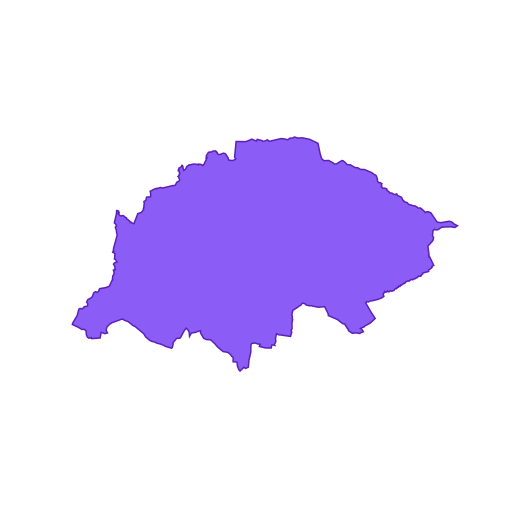 Mioarele, Arges, Romania (orthographic projection), rotated 335°
{"feature_id": "2599482B82004798024884", "entity_name": "Mioarele", "entity_type": "district", "adm_level": 2, "iso_a3": "ROU", "parent_name": "Romania", "parent_adm1": "Arges", "projection": "orthographic", "projection_center": [25.1, 45.232], "detail": "fine", "context": "isolated", "style": "filled", "palette": "violet", "viewbox_px": 512, "rotation_deg": 335, "n_neighbors": 0, "source": "geoboundaries", "source_scale": "gbopen_adm2", "svg_char_len": 6125}
<svg xmlns="http://www.w3.org/2000/svg" viewBox="0 0 512 512"><g transform="rotate(335 256 256)"><path d="M354.8,346.7L354.9,346.3L355.1,344.2L356.3,343.7L357.5,342.5L358.0,343.4L358.5,343.8L360.6,343.3L360.6,344.3L361.6,344.7L363.3,344.4L364.2,345.3L366.4,345.5L368.6,344.4L369.6,345.0L370.1,344.8L370.7,344.1L371.7,344.6L372.0,344.5L372.3,343.7L372.7,343.6L373.7,344.4L374.9,343.5L375.1,343.9L377.4,343.5L378.2,343.1L379.0,343.7L381.4,342.7L383.5,342.8L384.1,343.5L385.6,343.1L386.3,342.7L388.0,343.8L388.2,343.5L388.6,343.4L390.5,343.9L391.2,343.6L393.4,343.8L394.0,343.1L394.9,343.0L396.7,344.0L398.2,343.0L399.5,342.8L400.1,341.9L405.9,343.0L406.5,341.7L410.6,340.9L411.1,339.7L413.1,339.7L413.1,335.5L413.0,330.2L412.3,330.0L412.7,329.1L412.7,328.4L413.3,328.2L415.9,319.7L422.8,316.8L424.7,314.4L424.5,312.3L427.1,307.8L429.0,307.3L430.4,308.6L432.3,309.1L436.5,308.3L444.8,311.8L448.3,314.2L451.4,313.7L449.0,310.6L447.9,308.1L445.9,306.2L437.6,303.9L434.5,301.9L432.7,290.7L430.7,288.6L429.0,288.0L428.0,288.3L426.1,283.4L425.2,281.9L423.2,281.1L422.6,279.7L421.4,277.9L420.4,277.4L416.1,273.6L415.5,271.4L413.8,270.0L412.7,267.1L412.7,264.3L409.8,260.9L409.8,259.3L409.3,259.0L408.1,259.2L406.9,258.2L405.7,256.3L404.0,255.6L403.6,253.9L402.5,252.0L402.9,250.8L402.3,249.7L401.2,248.8L400.0,248.6L398.8,246.4L399.7,245.4L399.9,244.3L400.7,243.7L399.6,242.0L398.1,241.2L397.8,239.1L398.5,237.7L398.9,234.7L398.6,233.2L397.5,232.1L396.4,229.7L390.9,223.5L387.1,221.5L385.6,219.1L383.1,217.7L380.2,213.4L377.2,211.7L376.3,208.7L375.1,206.4L374.2,205.8L367.6,206.5L366.0,205.8L365.2,204.2L362.2,200.1L358.2,198.5L357.5,197.7L357.2,196.7L356.6,195.9L357.4,190.2L359.8,180.1L354.0,173.0L348.3,168.7L343.8,166.8L341.5,164.7L340.6,164.4L339.1,164.6L336.5,163.5L334.8,163.9L333.6,163.9L331.8,162.3L328.5,160.2L316.5,157.7L315.4,155.5L312.8,155.6L311.3,155.2L310.9,155.0L310.2,153.9L306.4,150.8L305.1,152.0L303.7,150.8L301.6,148.3L296.6,148.2L294.8,147.9L286.4,143.8L278.4,157.3L278.7,159.4L276.3,159.8L275.0,159.5L271.9,157.7L272.2,155.4L271.7,151.6L271.3,150.1L269.8,149.0L266.0,148.8L264.5,147.7L264.5,145.6L264.1,145.5L264.3,145.0L263.8,143.6L262.5,143.2L262.0,142.9L261.1,142.7L260.0,143.0L259.2,142.6L258.6,142.7L257.9,142.2L256.7,141.9L254.9,143.2L253.6,143.8L252.2,146.2L253.1,146.3L247.7,150.8L246.0,151.6L245.3,150.2L244.5,149.5L242.5,148.3L242.3,148.3L242.2,148.9L240.1,147.2L238.1,146.2L234.9,145.6L233.9,145.1L231.0,145.7L228.9,147.4L226.8,148.0L226.8,146.9L227.0,145.6L227.5,144.2L227.6,143.3L227.4,142.7L227.0,142.5L226.3,143.3L225.5,143.7L223.3,143.8L223.0,144.1L222.7,145.1L222.0,145.1L221.5,145.9L222.3,146.9L221.6,148.6L221.8,149.1L220.4,150.1L220.4,150.6L219.4,150.9L218.9,150.9L219.1,151.6L219.1,154.3L218.5,155.3L218.2,155.5L215.4,155.7L212.7,157.7L211.8,157.6L210.4,157.0L200.0,154.9L198.5,153.6L195.7,153.1L195.1,153.3L194.5,153.2L194.6,152.8L194.4,152.6L191.6,152.4L187.4,152.6L186.9,154.9L185.6,157.7L183.8,157.4L183.4,156.9L182.1,156.5L181.4,156.6L180.7,157.9L179.7,158.9L179.0,159.1L177.6,159.2L177.1,160.0L177.0,161.3L176.0,162.4L174.9,164.6L174.0,165.3L173.6,166.2L173.7,166.6L170.2,168.1L166.8,167.6L159.1,175.1L157.7,173.8L157.3,172.7L156.2,172.5L156.4,171.6L156.2,170.7L155.8,170.3L155.2,168.6L154.6,168.1L154.5,167.1L154.7,166.7L154.0,165.9L153.0,163.6L151.7,162.7L150.5,162.7L149.8,161.9L149.1,160.0L149.0,159.1L149.1,158.9L150.1,159.3L150.3,159.2L150.2,158.2L150.4,157.4L150.5,157.3L149.9,156.5L148.9,155.9L147.3,158.8L141.6,166.1L142.3,167.9L142.5,169.3L142.4,169.6L140.8,170.5L140.5,171.1L140.4,173.5L139.3,176.5L139.2,178.2L130.1,188.9L129.1,190.6L129.1,191.1L128.9,190.9L127.7,192.1L128.0,192.3L129.1,194.2L128.6,195.3L127.9,196.2L127.6,197.1L126.4,198.9L127.2,199.6L127.4,202.7L125.0,202.4L123.4,203.1L123.6,206.4L122.7,207.8L122.8,208.9L120.8,208.5L120.3,211.4L118.6,213.2L118.0,213.3L116.1,216.2L116.2,217.0L115.6,217.0L110.3,221.4L106.3,221.1L100.6,219.5L100.1,219.7L98.5,221.5L97.7,221.7L96.4,221.8L95.8,220.8L95.3,220.5L93.9,220.6L93.1,221.0L90.3,223.8L88.4,224.3L85.3,224.4L83.5,225.7L83.0,226.2L83.2,227.1L83.3,228.2L82.3,230.0L81.5,230.1L79.5,229.4L78.8,229.4L76.6,230.4L76.0,230.4L74.4,229.2L73.4,229.2L72.3,230.1L68.8,234.4L61.7,239.2L60.6,240.5L64.6,245.2L67.2,249.0L69.3,249.8L70.3,251.9L69.2,255.0L68.9,256.6L69.0,258.5L69.9,259.9L72.2,260.3L71.9,260.9L72.2,261.5L80.1,264.4L83.4,259.8L86.2,262.5L88.9,263.0L88.8,261.1L89.1,259.5L90.8,257.4L94.5,256.0L97.2,255.6L107.5,256.5L108.8,257.1L109.4,258.4L112.6,261.7L115.1,267.0L116.6,268.7L121.4,279.0L121.8,282.6L124.0,287.5L125.8,289.7L127.5,290.8L129.2,293.0L132.3,295.5L134.7,298.0L135.3,299.2L140.5,303.9L141.6,303.5L143.8,300.6L144.0,299.6L144.3,299.4L148.1,297.7L148.7,297.2L149.6,297.2L151.8,298.2L152.8,298.2L158.9,293.7L162.2,291.9L163.1,294.5L163.2,296.9L161.8,300.7L164.9,298.5L168.6,299.6L172.3,299.9L174.1,300.3L173.2,302.2L173.8,308.6L176.0,311.0L178.4,312.1L179.5,313.0L181.5,317.7L182.8,322.4L185.8,328.7L188.9,330.8L190.1,332.0L191.3,334.7L191.5,336.5L192.2,337.9L192.2,339.0L191.0,341.0L190.6,342.3L193.8,344.0L193.8,344.9L192.6,347.8L192.4,352.0L192.9,353.5L197.1,352.1L198.0,351.7L199.0,353.5L202.1,353.5L205.5,347.6L210.7,340.9L213.7,334.6L215.1,333.4L218.5,334.5L220.3,336.4L222.5,337.8L220.8,339.4L225.7,343.3L230.9,345.8L232.6,343.5L233.0,343.3L235.2,344.9L235.1,344.2L237.5,342.2L238.0,341.4L238.3,340.3L239.2,338.4L241.8,335.1L243.4,337.2L244.5,337.7L253.3,343.5L256.2,340.2L256.4,338.0L257.8,337.4L258.0,337.0L260.2,332.0L262.4,329.1L262.3,327.8L263.3,326.5L263.7,324.3L266.5,320.8L272.2,320.1L273.2,319.7L275.9,319.5L277.7,318.4L278.5,318.6L280.1,319.8L280.9,321.7L281.5,322.4L281.9,322.5L283.5,323.8L285.1,324.4L287.8,326.6L290.9,328.8L296.8,330.9L297.0,338.7L296.4,340.6L303.0,348.0L305.5,353.1L306.3,354.3L307.6,355.1L308.2,360.2L308.6,360.5L308.3,362.9L310.6,366.7L314.3,368.0L317.3,370.1L318.2,369.8L321.3,370.0L321.1,368.3L320.8,366.9L320.0,365.8L322.7,365.7L323.9,366.0L325.2,365.4L331.1,365.1L337.6,363.0L336.6,356.0L335.6,344.7L337.2,344.2L338.0,344.9L339.0,345.2L340.6,345.0L342.1,345.6L348.4,346.9L351.6,347.1L354.8,346.7Z" fill="#8b5cf6" stroke="#5b21b6" stroke-width="1.5"/></g></svg>